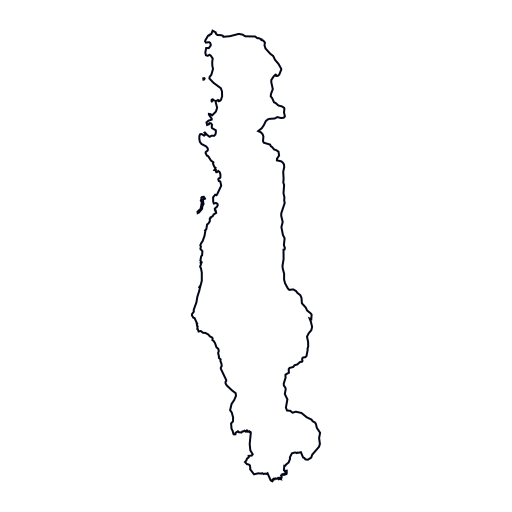 outline of Barru, Sulawesi Selatan, Indonesia
{"feature_id": "22746128B81694843903641", "entity_name": "Barru", "entity_type": "district", "adm_level": 2, "iso_a3": "IDN", "parent_name": "Indonesia", "parent_adm1": "Sulawesi Selatan", "projection": "natural_earth1", "projection_center": [119.645, -4.434], "detail": "fine", "context": "isolated", "style": "outline", "palette": "ink", "viewbox_px": 512, "rotation_deg": 0, "n_neighbors": 0, "source": "geoboundaries", "source_scale": "gbopen_adm2", "svg_char_len": 6052}
<svg xmlns="http://www.w3.org/2000/svg" viewBox="0 0 512 512"><path d="M212.6,30.7L211.3,34.0L210.1,34.4L209.5,35.4L208.8,35.2L208.0,35.8L205.3,40.4L205.1,41.3L205.9,42.6L209.1,42.2L210.1,42.8L210.8,44.7L210.6,45.7L208.8,48.1L206.2,48.0L205.3,52.6L205.9,55.2L207.7,55.8L209.5,54.8L210.8,55.7L212.7,58.5L212.2,62.2L212.3,65.6L213.0,69.0L211.3,74.9L209.7,76.7L209.4,78.5L213.6,82.9L220.9,88.3L222.0,91.6L222.1,96.4L220.9,100.0L219.6,101.1L218.9,101.2L218.8,100.3L217.9,100.0L217.1,100.7L215.4,101.0L217.1,107.7L216.3,110.5L215.7,111.8L212.2,115.3L210.6,114.2L208.9,113.9L208.9,114.6L211.7,118.7L211.7,119.6L208.4,120.7L206.5,122.4L207.1,125.0L208.9,124.3L209.0,123.6L209.6,123.1L210.8,123.3L211.6,124.1L212.0,124.8L211.7,127.0L212.0,128.1L215.8,130.3L215.9,132.0L215.4,134.5L214.1,135.8L211.7,135.7L209.6,136.8L207.0,134.8L204.9,132.5L204.5,132.7L205.7,134.4L204.1,135.6L201.5,134.0L200.2,134.2L199.4,136.0L199.3,138.8L199.9,141.9L201.5,144.0L206.0,146.3L207.4,147.8L207.9,149.2L207.7,150.5L205.7,152.1L205.6,153.1L206.9,155.6L208.2,156.2L211.0,160.6L213.4,162.3L213.0,163.6L214.3,166.8L215.6,167.9L214.4,170.0L215.9,170.1L215.7,170.9L216.3,172.2L216.9,172.2L218.3,171.0L219.7,172.2L220.4,174.3L220.4,177.3L220.0,178.0L218.6,178.5L218.3,179.4L218.8,181.0L220.0,181.3L220.4,181.9L221.2,185.7L217.0,194.6L216.4,195.2L215.2,194.7L213.1,197.3L213.2,201.6L213.8,203.5L216.0,203.0L217.3,203.7L217.6,204.3L217.7,205.4L217.0,206.7L214.8,208.6L214.9,210.0L215.2,210.7L215.7,210.6L216.2,212.9L213.7,214.4L212.6,216.3L210.5,217.4L210.5,218.3L209.8,218.6L209.8,221.3L208.4,223.5L207.1,224.5L206.3,229.2L205.1,230.4L205.4,230.7L204.5,235.9L202.6,241.2L201.1,243.3L200.3,245.3L200.9,246.5L200.4,248.9L202.4,251.2L202.1,255.3L201.6,255.6L201.1,256.7L200.4,260.5L201.7,262.3L201.2,263.2L200.7,263.1L200.9,264.7L200.1,266.6L201.0,268.5L201.8,272.6L201.8,280.8L200.3,286.5L199.7,286.4L199.3,287.2L200.0,287.5L199.2,291.0L197.4,296.6L196.4,302.4L193.7,309.9L193.8,311.7L192.0,314.1L191.9,315.3L193.3,317.7L194.5,318.0L196.9,323.1L196.6,323.1L197.2,326.3L197.6,326.4L197.3,328.9L197.7,329.0L198.6,331.5L200.8,331.0L203.2,332.9L205.3,332.9L208.3,334.5L209.9,336.4L212.2,337.6L212.6,338.4L212.4,340.1L213.7,341.0L215.0,343.1L216.5,347.4L218.2,348.7L218.8,350.9L218.1,353.1L218.9,356.2L218.9,357.9L220.6,359.4L220.4,361.0L221.5,363.9L221.7,366.1L220.9,367.4L220.8,368.7L226.1,379.8L226.3,380.7L225.5,382.0L225.6,383.5L226.8,385.5L232.1,390.5L235.6,393.1L236.0,395.8L234.2,400.0L231.6,403.9L230.1,410.1L231.8,412.6L233.1,417.5L233.0,421.4L231.1,423.4L231.5,428.7L232.7,431.0L233.4,433.9L233.9,434.4L235.4,434.3L235.6,432.8L237.9,431.3L238.6,432.2L241.5,432.5L242.4,431.4L243.5,431.4L244.4,430.7L245.5,431.5L246.7,430.4L247.2,430.5L247.3,431.7L249.3,431.3L249.5,432.1L250.5,432.0L250.8,432.8L249.7,443.9L250.3,450.3L252.7,454.3L251.7,455.6L248.6,455.9L248.7,457.4L247.0,458.6L246.4,460.4L245.0,462.0L246.9,464.1L248.9,464.6L249.8,465.3L250.3,467.9L250.1,469.2L254.0,474.3L258.3,473.3L261.3,473.6L262.2,473.2L263.6,474.0L265.1,473.6L266.3,474.0L267.5,473.2L270.7,480.4L272.3,481.3L272.9,480.6L272.7,479.5L273.8,478.7L274.7,479.3L275.3,478.4L276.8,478.8L278.1,477.9L278.9,478.1L278.3,478.8L278.7,479.2L279.1,478.8L280.8,479.2L280.1,477.8L281.5,477.8L281.7,476.9L281.1,475.4L282.2,474.9L282.3,474.2L283.9,474.1L283.3,474.8L284.0,474.9L284.8,474.6L284.8,474.0L285.5,474.4L286.4,474.1L286.7,473.2L285.6,472.0L286.7,471.9L286.7,470.7L285.4,471.0L285.2,470.0L284.9,471.2L283.9,470.2L284.3,465.7L285.4,465.7L286.0,464.6L288.6,462.5L290.0,459.0L289.9,457.3L291.9,453.4L294.3,452.6L295.8,452.6L296.7,453.1L297.5,452.6L298.3,452.8L300.9,452.2L303.1,457.5L304.4,458.0L305.4,459.4L307.9,459.7L311.2,457.6L312.2,454.7L319.0,446.8L319.9,444.0L319.1,438.0L320.1,432.8L316.8,427.8L316.0,424.2L315.1,422.6L312.6,421.2L311.5,419.6L306.6,417.2L301.5,413.0L295.8,411.7L292.6,412.7L290.2,410.8L287.0,410.5L285.9,407.6L287.4,399.4L284.8,394.0L285.7,389.2L285.4,387.7L283.9,385.6L283.7,383.7L285.5,378.0L285.5,374.6L288.9,372.7L288.7,369.1L289.6,367.9L293.2,367.0L294.6,365.2L297.2,364.5L300.2,361.9L301.9,361.8L302.5,360.9L302.1,359.6L302.4,358.1L303.1,357.5L305.3,357.2L306.5,356.0L307.7,349.7L307.5,348.6L308.2,346.8L308.1,341.8L307.0,336.7L308.6,333.4L311.3,330.2L312.1,326.9L310.9,321.8L309.6,318.5L311.3,319.2L311.6,314.6L310.5,313.2L307.2,310.6L305.7,307.5L301.9,303.3L301.5,297.9L300.4,295.3L297.3,292.8L296.1,291.1L293.2,289.4L289.3,289.9L287.9,288.5L286.4,285.8L285.1,283.3L284.1,279.8L284.1,273.7L282.7,268.4L282.5,265.7L283.6,259.1L283.5,249.7L284.5,249.5L284.9,248.0L283.9,245.2L284.6,238.3L282.9,234.9L281.4,227.1L282.7,222.0L281.2,215.7L281.3,213.2L284.7,203.0L284.2,200.6L284.4,197.3L283.5,193.2L284.1,185.1L283.3,182.5L283.6,178.6L283.2,171.8L284.2,167.2L284.0,164.4L282.7,162.5L281.2,161.3L276.9,160.4L277.0,158.7L279.1,155.5L278.5,151.7L276.3,150.2L274.0,149.4L272.4,147.3L270.8,146.2L270.1,144.6L263.8,142.7L263.0,141.2L263.4,136.5L262.6,134.2L261.0,132.4L258.2,131.1L261.8,128.2L263.8,125.2L265.8,121.1L267.7,119.5L269.2,118.9L274.7,118.5L277.3,117.1L280.9,118.0L283.0,117.9L283.9,117.6L284.9,116.4L284.0,112.5L284.4,108.7L284.1,107.8L281.9,106.4L278.4,105.5L275.6,103.0L274.0,102.3L272.2,98.2L270.7,96.3L271.0,93.9L272.8,89.1L271.3,82.3L271.3,80.0L273.8,76.2L275.5,74.6L275.9,74.7L276.1,75.9L276.8,76.0L277.9,75.8L279.2,74.7L281.3,69.5L281.2,68.7L278.4,63.8L275.0,59.8L273.2,56.0L270.3,53.8L265.5,48.5L264.5,45.3L264.9,42.5L263.3,40.6L261.5,40.1L261.6,39.4L258.8,38.2L257.4,38.2L255.1,36.5L245.3,36.3L242.5,34.6L238.8,33.9L229.9,36.2L223.4,36.8L222.9,35.8L221.2,35.2L217.4,35.0L215.9,33.7L215.7,32.4L212.6,30.7ZM205.0,198.6L203.8,196.8L202.0,197.0L201.4,197.6L201.4,199.2L200.8,200.6L201.8,202.2L201.1,206.5L200.6,208.7L199.7,210.0L198.9,210.3L197.5,211.8L197.7,213.1L199.0,212.5L202.1,208.8L202.3,206.4L203.6,203.8L203.2,202.8L203.0,199.4L203.8,198.7L204.7,199.0L205.0,198.6ZM211.9,101.4L212.3,100.9L213.7,100.1L212.7,99.3L211.7,99.7L211.5,100.9L211.9,101.4ZM203.8,79.7L204.6,78.7L204.4,78.2L203.3,78.3L203.4,79.7L203.8,79.7Z" fill="none" stroke="#020617" stroke-width="2"/></svg>